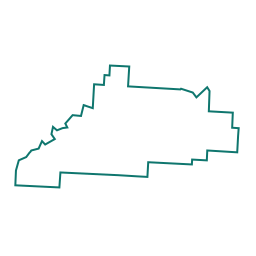 the district of Monroe, Arkansas, United States of America, rotated 92°
{"feature_id": "52423323B23771932588071", "entity_name": "Monroe", "entity_type": "district", "adm_level": 2, "iso_a3": "USA", "parent_name": "United States of America", "parent_adm1": "Arkansas", "projection": "robinson", "projection_center": [-91.218, 34.67], "detail": "fine", "context": "isolated", "style": "outline", "palette": "teal", "viewbox_px": 256, "rotation_deg": 92, "n_neighbors": 0, "source": "geoboundaries", "source_scale": "gbopen_adm2", "svg_char_len": 770}
<svg xmlns="http://www.w3.org/2000/svg" viewBox="0 0 256 256"><g transform="rotate(92 128 128)"><path d="M88.2,47.8L84.5,50.3L95.0,60.7L90.3,64.5L86.9,76.4L87.6,77.0L86.4,129.4L66.5,128.9L66.2,148.2L76.1,148.4L75.9,153.3L85.8,153.6L85.5,163.4L109.4,163.9L106.7,173.1L117.6,175.4L117.1,183.8L125.7,190.8L129.6,188.7L130.4,193.4L132.8,198.9L129.5,203.0L136.9,204.3L141.6,200.8L147.4,210.2L144.1,213.5L151.7,216.6L153.8,223.7L154.0,224.0L154.9,224.5L155.3,224.8L156.0,225.5L160.6,228.7L164.1,236.0L174.4,238.5L189.2,238.6L189.8,194.5L174.8,194.0L175.5,136.1L176.0,116.8L176.2,106.9L161.5,106.6L162.2,62.9L157.3,62.8L157.6,48.1L147.7,48.0L148.5,18.0L132.3,17.7L124.3,17.4L124.1,23.9L109.0,23.8L108.5,47.8L88.2,47.8Z" fill="none" stroke="#0f766e" stroke-width="2"/></g></svg>